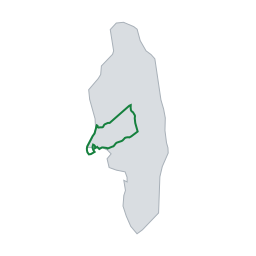 Clarendon on a map of Jamaica (Robinson projection), rotated 73°
{"feature_id": "JAM-1370", "entity_name": "Clarendon", "entity_type": "Parish", "adm_level": 1, "iso_a3": "JAM", "parent_name": "Jamaica", "parent_adm1": "", "projection": "robinson", "projection_center": [-77.269, 17.954], "detail": "fine", "context": "in_parent", "style": "outline", "palette": "green", "viewbox_px": 256, "rotation_deg": 73, "n_neighbors": 0, "source": "natural_earth", "source_scale": "10m", "svg_char_len": 1853}
<svg xmlns="http://www.w3.org/2000/svg" viewBox="0 0 256 256"><g transform="rotate(73 128 128)"><path d="M129.3,89.4L141.2,93.4L153.4,95.5L158.7,95.6L163.7,96.9L174.9,106.5L184.0,111.8L218.2,123.6L229.6,144.0L231.8,150.3L222.9,154.1L211.8,155.4L201.2,155.6L191.3,151.7L187.0,148.7L176.8,147.3L179.3,144.6L174.8,143.3L169.1,143.6L164.9,151.4L160.3,157.6L151.3,157.0L147.8,151.7L143.1,154.1L139.4,158.0L134.8,172.6L127.5,165.3L119.6,159.3L109.6,156.8L89.4,156.3L79.9,154.4L72.0,142.0L68.9,138.5L60.9,135.3L53.0,121.2L50.1,119.2L28.7,116.2L24.2,108.5L25.6,101.4L32.7,92.9L36.2,90.4L48.1,90.8L59.5,88.2L64.5,84.5L69.7,82.1L110.8,88.3L120.3,88.4L129.3,89.4Z" fill="#d9dde1" stroke="#a8b0b8" stroke-width="1"/><path d="M141.7,153.5L141.0,153.9L139.4,157.4L139.0,158.5L139.7,161.6L139.0,161.9L137.8,162.7L137.1,163.0L137.3,163.6L137.5,164.8L137.7,165.5L136.7,164.9L135.7,164.9L134.6,165.3L133.7,166.2L135.4,167.3L137.2,167.7L139.1,167.6L141.1,166.9L142.1,171.1L141.8,173.1L139.4,173.9L137.4,173.8L135.5,173.3L133.7,172.4L125.3,164.1L123.5,161.6L116.3,157.1L116.6,156.8L116.8,156.6L117.1,156.5L117.9,156.6L118.2,156.6L118.5,156.6L118.7,156.4L118.9,156.2L119.0,155.9L119.2,154.5L119.8,152.5L119.8,152.1L119.7,151.7L119.5,151.3L118.4,150.3L117.9,149.6L117.7,149.1L117.6,148.5L117.4,146.9L117.3,146.2L117.3,145.6L117.6,144.8L117.8,144.1L107.1,120.3L106.9,118.7L109.2,119.5L111.7,120.0L112.1,119.9L112.6,119.8L113.3,119.5L113.6,119.3L114.3,118.7L114.5,118.6L117.8,117.8L118.3,117.8L118.8,117.9L120.6,118.7L125.4,119.6L134.2,119.8L137.0,127.5L137.4,129.5L137.0,130.2L136.7,131.3L136.5,132.9L136.6,133.5L136.6,133.9L137.0,134.5L137.2,134.8L137.7,135.7L138.3,136.8L138.5,137.5L138.6,138.1L138.7,142.0L138.7,142.8L138.9,143.5L139.0,143.8L139.1,144.1L141.0,146.8L141.2,147.3L141.3,147.8L141.2,148.1L141.7,153.5Z" fill="none" stroke="#15803d" stroke-width="2"/></g></svg>